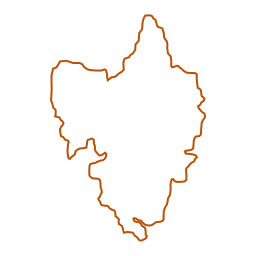 the district of Haifa, Haifa, Israel
{"feature_id": "584046B37321511847561", "entity_name": "Haifa", "entity_type": "district", "adm_level": 2, "iso_a3": "ISR", "parent_name": "Israel", "parent_adm1": "Haifa", "projection": "natural_earth1", "projection_center": [35.062, 32.763], "detail": "fine", "context": "isolated", "style": "outline", "palette": "amber", "viewbox_px": 256, "rotation_deg": 0, "n_neighbors": 0, "source": "geoboundaries", "source_scale": "gbopen_adm2", "svg_char_len": 3478}
<svg xmlns="http://www.w3.org/2000/svg" viewBox="0 0 256 256"><path d="M124.0,232.8L127.2,231.9L132.8,232.7L134.8,235.6L136.5,236.9L137.8,238.1L138.5,239.4L140.2,240.6L142.1,240.3L144.1,239.3L146.3,238.0L146.8,236.1L145.7,234.8L145.7,231.8L145.4,229.6L145.0,227.8L142.4,226.1L141.6,225.2L140.4,223.1L138.8,222.4L136.2,221.8L134.8,221.4L134.1,220.7L133.4,218.6L134.3,218.1L136.1,218.6L137.5,219.6L139.5,220.5L140.8,220.6L141.9,221.5L142.8,222.8L144.3,224.1L145.3,224.8L147.7,225.4L150.2,225.5L151.9,225.1L154.2,223.5L156.0,222.2L160.9,221.6L162.7,220.8L163.6,219.3L163.6,215.8L163.8,211.0L165.4,206.8L166.8,204.7L167.6,201.5L168.1,198.2L168.9,196.8L169.9,195.1L170.5,191.5L170.6,187.6L170.5,184.0L171.7,179.4L173.3,179.1L174.2,180.6L175.3,181.5L176.7,181.9L180.8,181.9L184.6,181.4L186.3,180.0L186.5,176.4L186.0,169.2L186.9,167.7L188.5,166.2L190.1,164.1L191.6,162.7L194.3,161.3L194.8,159.1L196.9,157.4L196.0,155.5L193.2,154.5L189.8,153.9L187.7,153.8L185.8,153.6L184.8,151.5L185.7,150.8L187.9,150.5L190.0,150.1L191.8,149.6L193.2,148.4L193.4,145.9L193.7,141.8L194.1,139.1L195.6,136.6L197.5,136.3L199.4,136.1L200.9,134.4L201.2,128.9L201.7,122.7L203.3,119.5L204.7,117.9L204.9,115.5L204.4,113.5L202.3,112.2L200.6,110.4L198.7,108.1L198.0,106.2L199.6,105.3L200.7,103.9L201.4,102.4L203.9,100.7L204.5,98.6L202.9,97.0L201.5,95.8L201.3,93.3L200.8,90.0L199.5,88.8L197.8,87.8L197.4,85.5L196.7,78.7L196.8,74.3L195.5,73.3L193.5,73.0L190.0,73.0L186.5,72.6L184.2,71.2L182.3,69.6L181.5,68.7L179.9,67.7L178.3,65.9L177.1,65.8L176.0,66.1L174.0,66.9L171.8,67.2L171.2,65.3L171.3,62.5L171.1,59.1L170.7,56.4L169.2,54.7L167.9,53.3L167.2,47.7L167.4,44.9L167.2,42.9L166.6,41.0L164.9,39.0L164.1,37.0L163.9,33.7L163.1,30.8L162.5,28.6L160.8,27.7L158.7,27.2L157.6,26.6L156.8,24.6L156.1,21.7L155.3,19.7L153.2,18.3L152.2,16.3L151.3,15.6L149.4,15.4L145.4,15.5L143.7,18.2L142.6,22.3L142.3,26.7L142.2,28.5L141.6,30.0L139.3,33.0L138.7,40.6L137.2,42.6L135.5,44.4L135.3,49.5L133.1,53.2L130.1,55.3L129.1,57.2L126.8,58.0L124.6,58.7L123.4,62.1L123.4,64.5L123.8,69.7L121.6,71.9L118.7,73.6L116.5,75.8L113.9,77.1L111.7,77.1L110.3,78.4L107.8,80.2L107.1,76.3L107.1,74.3L105.9,70.1L104.4,69.4L101.6,70.5L95.7,70.5L90.2,70.1L87.2,69.2L84.0,66.8L82.4,64.4L79.7,63.0L73.0,63.0L69.4,61.7L66.6,60.9L64.6,60.9L60.0,61.5L58.2,64.8L56.3,67.5L53.1,68.6L51.5,75.6L51.5,83.5L51.7,88.8L51.1,100.7L52.2,103.3L53.3,107.7L55.6,109.9L55.7,114.1L55.2,116.4L59.3,117.4L59.9,118.3L60.8,120.1L62.4,121.2L63.5,123.2L62.6,125.2L61.3,126.4L60.0,129.5L60.4,133.4L61.1,136.3L63.0,136.9L64.1,138.3L65.3,139.8L66.5,140.2L68.0,140.6L68.8,142.0L68.1,144.0L67.7,147.4L67.5,152.0L68.0,156.2L68.7,158.6L70.2,158.8L71.3,157.1L73.1,155.9L74.9,154.2L75.6,151.1L78.4,149.1L80.2,148.4L82.2,148.4L86.3,147.6L86.8,145.0L87.1,141.7L87.8,140.0L90.8,138.9L92.1,138.5L93.8,139.9L93.9,143.8L94.9,145.9L94.9,149.7L95.6,151.2L97.9,154.0L99.4,155.5L101.3,155.3L103.9,153.6L105.0,152.7L106.5,154.2L105.7,157.3L104.4,159.2L102.6,160.3L100.1,160.7L97.2,161.8L95.7,162.8L92.7,163.4L90.4,164.0L89.5,166.0L89.3,169.4L89.3,174.0L89.5,175.7L91.6,177.9L94.3,178.6L96.9,178.6L98.5,178.9L99.8,179.7L100.5,183.0L100.6,187.2L101.6,190.2L101.8,192.5L100.8,194.3L99.7,197.0L98.3,198.3L98.5,199.6L100.1,201.7L100.6,203.6L101.6,205.1L104.5,205.7L107.2,205.8L108.4,206.5L109.7,208.5L112.1,209.7L113.9,210.2L115.0,211.6L115.4,214.0L115.6,216.3L117.6,217.8L118.9,219.3L118.6,221.5L118.8,223.9L122.0,226.0L122.9,229.0L123.6,231.8L124.0,232.8Z" fill="none" stroke="#b45309" stroke-width="2"/></svg>